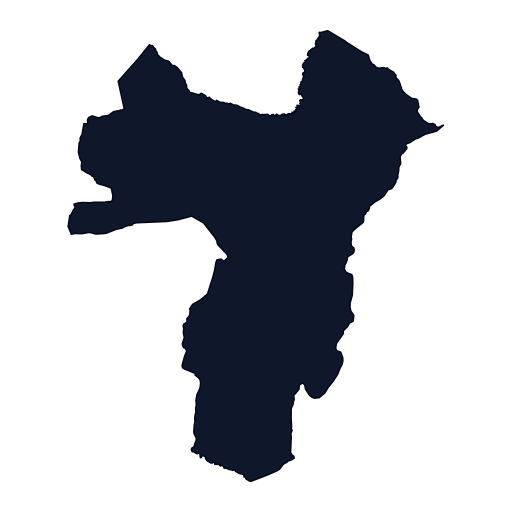 outline of General Güemes, Salta, Argentina
{"feature_id": "61730980B57744536697119", "entity_name": "General Güemes", "entity_type": "district", "adm_level": 2, "iso_a3": "ARG", "parent_name": "Argentina", "parent_adm1": "Salta", "projection": "robinson", "projection_center": [-64.976, -24.808], "detail": "fine", "context": "isolated", "style": "filled", "palette": "ink", "viewbox_px": 512, "rotation_deg": 0, "n_neighbors": 0, "source": "geoboundaries", "source_scale": "gbopen_adm2", "svg_char_len": 5958}
<svg xmlns="http://www.w3.org/2000/svg" viewBox="0 0 512 512"><path d="M149.4,44.8L137.6,59.4L118.2,81.2L124.2,108.7L122.4,110.1L120.6,110.0L119.2,110.6L113.6,111.6L108.4,115.5L102.3,116.3L100.0,117.5L98.1,117.8L92.2,115.9L89.1,117.3L87.7,119.1L87.5,120.7L87.8,123.7L83.9,123.7L82.0,134.5L80.4,137.4L80.1,139.0L80.4,140.4L79.1,143.1L78.4,152.2L79.9,158.3L81.8,161.9L81.3,165.7L81.6,169.6L87.5,173.2L89.1,173.6L89.4,174.2L91.3,175.0L91.8,176.0L93.6,176.7L95.0,180.0L95.9,180.4L96.8,182.9L99.1,184.1L105.0,185.7L111.3,188.1L112.9,195.8L112.4,200.0L111.7,201.1L109.8,201.7L108.6,201.5L104.8,202.2L94.5,202.2L90.2,202.7L82.1,202.5L78.0,203.0L74.0,204.1L74.1,205.2L74.9,206.1L75.0,207.9L73.2,210.2L71.2,214.6L69.8,215.5L68.1,226.4L71.3,234.2L75.1,233.5L81.8,233.7L88.0,232.6L90.5,232.6L94.9,233.9L97.1,234.0L104.5,233.5L106.4,233.2L116.0,229.4L122.4,228.0L124.6,226.7L127.8,225.6L130.9,225.4L132.4,224.8L133.1,223.6L136.3,222.8L166.8,221.5L178.2,219.7L191.7,216.1L203.5,222.9L214.8,237.3L216.9,240.8L217.1,243.0L217.9,244.8L227.0,254.3L228.2,257.3L223.8,261.3L221.1,259.1L216.9,259.9L215.9,262.6L214.7,270.0L212.8,277.3L207.5,294.0L200.1,300.1L192.6,304.4L189.7,308.8L190.1,310.4L189.8,314.4L189.1,316.1L186.8,318.9L187.1,320.8L186.8,322.2L183.7,324.3L183.1,326.2L183.7,328.3L183.3,332.8L184.3,337.5L182.3,343.8L182.7,345.8L183.8,347.7L185.2,348.2L186.8,350.9L184.5,356.5L182.1,365.4L182.6,367.7L184.5,369.0L195.1,373.4L195.2,375.1L198.8,378.0L200.1,380.1L200.6,382.3L200.2,387.0L199.5,389.3L197.0,394.5L195.9,400.8L196.2,402.1L196.3,405.3L195.7,408.0L195.9,412.7L195.2,414.3L194.7,418.4L195.0,421.5L194.3,424.5L193.8,431.5L194.0,433.3L196.4,438.6L196.1,440.6L194.8,443.7L194.4,445.9L193.7,447.2L192.2,447.7L191.3,449.2L192.1,451.6L194.1,452.0L196.6,453.6L197.7,453.7L199.0,452.9L199.5,453.1L199.9,453.6L200.2,457.1L200.6,457.7L201.3,457.5L202.3,455.4L205.3,456.6L205.7,458.7L207.0,460.6L210.5,462.9L212.2,463.0L214.4,462.2L214.9,464.3L218.8,464.4L220.4,466.0L221.5,465.5L222.9,465.7L223.5,466.4L224.1,468.1L225.9,468.1L229.5,469.6L231.4,469.7L232.2,470.4L234.0,470.1L235.0,469.4L235.5,470.0L235.4,471.3L239.4,473.5L243.3,474.5L243.9,475.5L244.0,476.9L245.3,477.1L246.1,479.0L249.9,481.3L251.1,481.3L267.4,475.0L277.0,470.8L279.6,469.1L283.0,464.7L284.8,463.3L286.6,462.5L288.0,461.1L291.7,459.8L294.1,458.2L293.9,456.3L292.1,455.1L290.8,453.1L290.6,451.8L291.2,438.0L290.9,433.2L292.1,430.3L291.3,428.6L291.6,426.7L291.1,418.2L291.2,408.8L293.3,403.6L293.2,402.6L294.2,399.4L293.7,394.9L295.0,394.1L298.9,389.3L299.4,384.9L302.3,383.1L303.6,383.6L304.9,385.6L305.5,389.2L309.8,395.7L312.5,397.5L314.7,398.2L319.3,397.6L324.6,393.2L328.2,387.4L333.4,380.9L337.6,374.3L340.1,368.0L342.1,364.5L342.9,360.9L342.7,357.6L340.8,352.3L336.8,350.7L336.1,349.8L335.7,348.0L336.4,343.4L343.2,333.8L343.4,330.7L347.4,326.8L349.6,323.0L353.1,321.2L353.8,315.5L350.8,311.0L350.0,307.1L350.1,303.2L352.3,295.1L352.8,283.2L352.6,276.9L351.8,274.6L348.6,273.5L345.6,271.8L344.3,268.9L344.9,264.7L345.8,263.4L347.3,259.6L347.2,257.9L347.9,256.7L353.1,253.4L354.0,251.7L354.2,250.0L353.8,247.9L351.9,246.4L351.3,245.4L351.0,242.1L351.6,239.0L351.1,237.2L352.0,231.9L354.8,229.1L363.1,222.4L363.6,220.8L363.8,215.3L365.6,213.9L366.1,212.0L368.2,210.8L369.3,208.4L369.6,206.2L374.7,202.1L380.6,198.6L384.0,195.8L388.0,189.8L391.4,188.7L392.4,187.8L395.7,182.6L396.1,180.1L397.6,178.3L397.9,176.6L397.7,175.5L398.7,170.7L398.8,167.2L400.5,164.0L400.6,162.3L400.1,156.5L401.8,153.8L403.0,153.2L406.6,148.8L406.9,147.8L406.6,146.8L405.7,145.5L405.7,144.7L406.3,143.9L410.1,142.5L415.5,138.9L418.0,138.2L425.0,134.3L436.6,131.1L443.9,124.9L439.1,127.2L437.4,127.3L435.7,126.1L434.9,124.5L432.8,123.4L430.8,123.9L428.2,123.5L423.7,120.6L422.5,119.4L421.8,117.9L420.5,116.8L417.0,111.4L417.8,108.8L419.0,107.2L417.6,100.3L416.1,99.0L411.7,98.4L405.9,94.3L403.3,91.7L401.4,88.9L401.4,87.3L400.6,86.2L400.4,84.7L398.8,80.7L395.6,77.1L396.1,75.6L393.4,72.0L388.7,69.5L387.6,68.0L385.0,68.3L384.1,67.7L381.5,67.7L379.9,68.2L376.9,67.7L375.4,66.7L374.6,65.3L372.1,63.9L369.7,60.2L368.3,55.1L361.1,51.5L346.5,42.3L344.9,40.9L327.7,30.7L320.9,32.5L319.4,32.3L319.1,32.8L319.6,34.1L319.5,35.5L320.6,36.7L320.3,37.3L318.8,37.0L317.3,39.5L316.2,40.5L315.8,41.5L316.0,43.0L315.4,43.8L316.2,46.2L314.1,48.2L312.7,48.3L308.6,51.5L307.6,54.1L307.6,55.2L308.9,55.4L309.5,55.9L309.1,56.7L309.3,57.3L308.7,58.2L307.6,58.2L306.8,59.8L305.0,60.7L305.4,61.7L303.6,63.1L302.6,64.9L302.7,67.3L303.5,67.6L304.2,69.3L304.8,70.0L304.5,72.2L302.9,73.1L302.6,74.5L303.4,75.8L303.6,77.5L302.6,78.9L302.4,81.2L301.3,81.7L300.9,82.3L301.0,83.9L300.2,84.5L300.1,86.4L299.1,86.9L299.1,87.7L300.2,88.9L299.8,89.3L298.4,89.1L298.4,89.7L299.1,90.4L299.3,91.2L298.4,92.0L298.6,93.8L299.7,94.6L301.0,93.6L301.8,95.5L303.4,97.8L303.4,99.3L301.9,99.9L300.3,99.8L299.8,100.8L300.6,102.3L299.9,103.3L300.6,105.1L299.4,106.3L298.2,105.3L297.2,105.3L296.9,105.8L297.9,107.5L297.8,108.0L296.1,107.6L296.8,109.0L295.5,109.9L295.8,112.1L295.0,112.4L295.0,111.3L294.2,111.1L293.8,112.9L292.1,112.3L291.6,114.3L290.2,113.7L288.1,113.7L287.3,115.0L286.1,114.6L284.8,115.0L284.3,114.0L282.6,114.1L280.2,115.6L278.7,115.5L276.8,114.2L275.9,114.7L275.7,115.5L275.0,116.1L273.4,114.5L271.9,114.6L271.1,115.8L268.9,115.4L267.6,114.4L266.8,114.3L263.8,114.7L262.8,114.4L260.3,115.0L258.1,113.4L257.3,113.4L255.7,112.3L253.4,112.1L248.5,109.8L245.4,109.4L244.7,108.7L239.8,106.8L237.0,105.2L233.6,105.0L230.4,103.3L227.6,104.1L226.9,103.1L225.2,103.4L223.8,102.4L220.1,102.3L216.6,100.4L215.7,101.4L214.0,100.9L211.5,99.4L209.3,97.3L206.9,98.0L205.6,95.8L201.7,93.4L200.8,93.4L199.4,94.7L198.5,94.8L189.5,92.1L188.8,90.3L187.3,89.1L186.5,87.0L186.6,85.4L185.2,82.7L184.9,80.4L182.5,77.2L181.6,72.8L177.4,67.7L174.5,65.6L172.6,65.5L171.5,64.8L169.4,61.9L168.4,61.1L164.7,60.2L159.2,56.6L158.9,55.8L157.6,54.9L157.1,52.5L155.7,50.4L155.5,49.0L153.3,47.0L152.5,45.7L150.8,45.6L149.4,44.8Z" fill="#0f172a" stroke="#020617" stroke-width="1.5"/></svg>